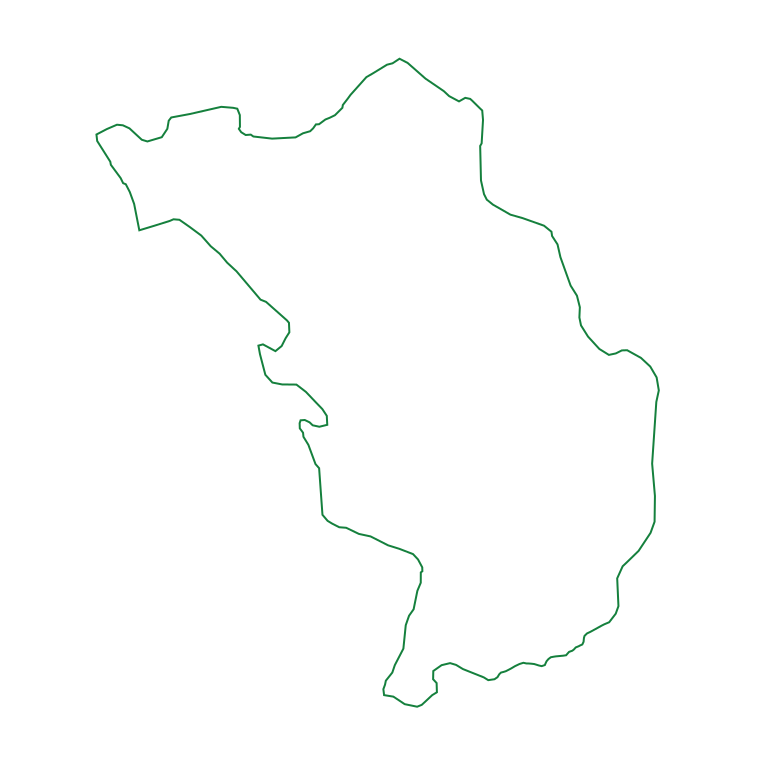 the district of Tejutla, San Marcos, Guatemala, rotated 357°
{"feature_id": "79465075B17053106613054", "entity_name": "Tejutla", "entity_type": "district", "adm_level": 2, "iso_a3": "GTM", "parent_name": "Guatemala", "parent_adm1": "San Marcos", "projection": "albers", "projection_center": [-91.837, 15.154], "detail": "fine", "context": "isolated", "style": "outline", "palette": "green", "viewbox_px": 768, "rotation_deg": 357, "n_neighbors": 0, "source": "geoboundaries", "source_scale": "gbopen_adm2", "svg_char_len": 2914}
<svg xmlns="http://www.w3.org/2000/svg" viewBox="0 0 768 768"><g transform="rotate(357 384 384)"><path d="M559.2,240.7L552.1,234.3L531.1,225.6L519.1,221.5L502.2,210.6L496.3,205.3L493.8,199.6L491.5,185.8L492.5,151.3L494.1,148.8L496.7,125.5L496.4,116.0L494.2,113.7L486.9,105.7L485.0,103.8L480.1,102.5L473.7,105.7L464.1,99.9L459.1,94.7L441.4,81.2L424.4,64.6L416.5,60.0L409.3,64.2L403.7,65.3L388.8,73.4L382.5,76.6L365.7,93.5L362.7,97.2L357.5,103.2L356.9,106.0L349.1,113.0L343.7,115.3L339.3,116.8L332.7,121.2L329.6,121.2L326.6,125.0L323.5,127.7L316.2,129.4L308.6,133.1L285.1,133.1L266.5,130.0L264.0,128.0L258.9,128.1L254.6,125.1L252.4,121.6L253.6,119.7L254.1,107.9L251.9,101.4L247.8,100.3L236.0,98.7L204.4,104.2L185.5,106.7L182.8,109.8L181.0,117.8L175.0,125.9L160.4,129.4L154.9,127.4L143.2,115.4L136.8,112.0L130.9,111.1L120.6,114.9L109.9,119.8L110.3,126.3L122.3,147.7L122.7,150.8L131.8,164.6L134.0,169.8L136.6,171.0L140.2,179.0L143.9,191.1L147.7,217.7L162.7,214.0L178.7,209.9L182.4,208.5L188.3,209.3L198.3,217.1L209.3,226.2L218.2,237.4L226.7,245.3L233.7,254.6L240.3,261.4L242.5,263.6L265.1,293.3L270.5,295.8L290.4,315.4L292.3,317.9L292.2,327.4L288.1,333.2L283.8,340.7L277.3,345.5L265.2,338.1L260.6,339.1L261.7,347.7L266.0,368.6L272.6,376.7L282.2,379.1L296.5,380.0L305.6,387.8L315.2,399.0L321.1,405.8L325.2,412.8L325.2,421.8L317.2,423.3L310.6,421.5L307.7,418.4L303.0,415.8L298.8,415.9L297.7,418.7L297.6,423.9L300.6,428.4L300.8,432.5L305.3,440.8L311.4,460.4L314.8,464.7L315.7,511.4L320.5,517.7L324.9,520.7L331.8,524.7L338.7,525.6L351.1,532.4L362.6,535.5L379.6,545.3L390.7,549.4L404.1,555.4L408.8,561.0L412.6,569.1L412.5,573.0L410.9,574.1L410.3,584.4L406.5,592.3L401.8,610.5L396.9,616.7L393.1,626.0L389.5,649.3L380.1,665.3L377.2,672.6L370.3,680.4L369.3,684.3L367.4,688.7L367.8,694.7L377.0,696.7L387.9,704.8L400.2,708.0L404.9,706.4L415.9,697.2L420.7,694.6L420.9,685.4L417.6,681.4L418.2,673.2L426.8,667.8L435.4,666.2L441.3,668.3L447.9,672.8L468.3,682.2L472.6,685.2L478.9,684.6L482.0,682.7L483.9,679.9L485.7,678.3L488.2,677.8L490.6,677.2L494.2,675.6L496.3,674.6L500.1,672.6L504.7,670.7L508.6,669.7L511.5,670.5L514.0,670.7L516.3,671.0L519.3,671.5L521.8,672.4L523.9,673.2L526.7,674.0L529.9,673.1L530.8,671.3L531.8,669.4L533.8,667.3L536.3,665.6L539.3,665.2L541.3,665.0L546.2,664.8L548.7,664.7L551.7,664.4L553.1,662.9L554.8,661.2L558.1,660.2L559.7,659.1L561.7,657.1L564.6,656.1L566.3,655.3L568.4,654.5L569.8,651.9L570.4,648.0L571.1,646.0L573.7,643.7L576.9,642.4L578.8,641.5L588.7,636.7L591.4,635.5L596.4,633.7L603.4,625.5L606.5,618.1L606.7,590.3L612.8,578.5L617.5,574.5L629.5,564.0L642.4,546.6L647.0,535.7L648.7,510.0L647.6,477.6L655.0,416.2L658.1,404.8L656.6,391.7L650.8,380.5L642.0,371.4L628.6,363.0L623.3,362.9L617.1,365.6L610.1,366.7L600.9,360.3L590.2,347.3L583.8,335.8L582.6,327.8L583.6,317.6L581.3,305.9L575.5,295.5L566.8,266.5L564.6,253.7L559.6,245.0L559.2,240.7Z" fill="none" stroke="#15803d" stroke-width="2"/></g></svg>